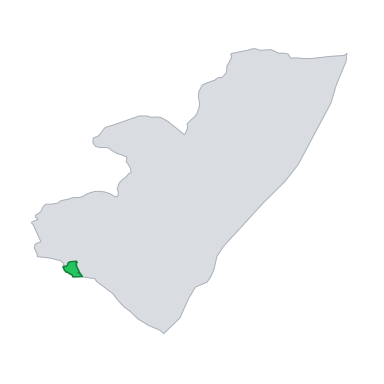 Vahun, Lofa, Liberia (highlighted), rotated 267°
{"feature_id": "62588387B17909685690178", "entity_name": "Vahun", "entity_type": "district", "adm_level": 2, "iso_a3": "LBR", "parent_name": "Liberia", "parent_adm1": "Lofa", "projection": "robinson", "projection_center": [-10.503, 8.04], "detail": "fine", "context": "in_parent", "style": "filled", "palette": "green", "viewbox_px": 384, "rotation_deg": 267, "n_neighbors": 0, "source": "geoboundaries", "source_scale": "gbopen_adm2", "svg_char_len": 3023}
<svg xmlns="http://www.w3.org/2000/svg" viewBox="0 0 384 384"><g transform="rotate(267 192 192)"><path d="M52.0,156.3L55.6,152.8L60.9,141.7L68.3,131.1L75.3,124.7L80.8,118.2L86.6,113.2L94.9,107.4L107.6,92.1L110.6,90.3L112.6,79.7L115.8,66.2L119.5,62.0L128.1,59.5L130.2,57.2L133.2,47.7L135.2,36.6L135.4,34.2L138.8,33.9L144.6,31.5L148.0,32.6L149.5,35.8L150.3,38.5L167.9,31.6L169.5,30.1L170.4,30.4L172.7,36.6L173.9,36.2L175.0,34.4L176.2,34.3L177.6,35.1L178.9,38.0L181.2,40.6L185.0,42.4L187.4,45.0L187.2,51.6L188.1,58.1L189.8,59.6L190.7,63.5L191.1,67.7L192.0,69.9L192.7,74.2L192.4,78.8L193.0,82.0L195.9,87.6L197.6,94.6L197.6,99.6L196.6,104.8L194.8,109.6L191.5,114.8L191.2,116.9L193.2,118.2L196.1,118.5L198.6,117.4L204.9,119.8L208.1,123.3L211.0,127.5L213.6,129.7L214.8,132.4L219.2,131.6L224.4,129.0L225.5,127.8L227.0,128.5L230.3,128.7L232.6,124.1L234.5,118.7L238.5,113.0L240.5,110.7L241.0,107.0L241.2,102.2L242.6,98.1L245.9,95.8L249.5,95.9L251.4,96.7L252.4,100.7L255.3,103.8L257.7,105.9L259.1,106.7L261.1,109.1L263.1,117.2L270.7,143.3L270.3,150.5L268.8,155.2L268.8,159.8L268.3,164.4L263.6,171.8L249.9,187.1L250.9,188.4L254.2,190.2L257.6,191.1L260.3,190.6L263.8,194.4L267.5,199.2L271.4,201.7L277.1,203.9L282.1,204.1L286.3,203.3L292.3,204.2L298.6,208.2L300.9,214.8L302.4,220.5L304.6,223.4L304.9,228.3L309.4,232.6L315.9,233.5L324.2,238.6L326.3,238.3L327.2,237.7L328.3,238.6L330.4,253.3L332.0,261.1L331.2,264.3L330.0,266.7L330.0,278.6L326.2,285.4L325.6,292.9L324.6,295.3L320.5,297.5L320.5,303.2L319.5,310.1L319.0,317.5L320.2,336.8L320.4,351.1L322.2,353.9L314.4,352.7L291.3,341.7L273.5,335.4L213.9,299.5L197.4,285.1L178.3,263.6L135.9,220.4L126.2,213.4L114.0,210.1L106.5,206.4L101.2,202.4L96.8,190.4L86.2,183.3L66.7,173.2L52.0,156.3Z" fill="#d9dde1" stroke="#a8b0b8" stroke-width="1"/><path d="M124.5,59.8L124.3,59.5L123.8,59.7L123.4,59.7L123.3,59.4L122.9,59.7L122.6,59.8L122.5,60.1L122.2,60.1L121.7,60.1L121.7,60.4L121.2,60.4L120.7,60.5L120.2,60.8L119.3,61.6L119.1,61.7L118.9,61.7L118.7,62.0L119.0,62.2L119.0,62.4L118.7,62.5L118.5,62.8L118.6,63.0L118.5,63.4L118.2,63.4L118.1,64.0L117.9,64.2L117.7,64.4L117.7,64.6L117.6,64.8L117.3,65.0L117.1,65.3L116.9,65.4L116.6,65.8L116.5,66.2L116.3,66.6L116.1,67.0L115.7,67.5L115.6,67.8L115.4,68.0L115.0,68.1L114.6,68.2L114.5,68.3L114.1,68.4L113.7,68.4L113.5,68.6L113.4,69.0L113.4,69.5L113.4,69.9L113.4,70.2L113.4,70.6L113.3,71.3L113.3,74.7L113.4,77.9L114.3,77.6L115.3,77.0L116.0,76.5L116.1,76.1L116.2,75.8L116.4,75.9L116.5,75.9L116.7,75.5L117.0,75.6L117.1,75.1L117.3,75.1L117.3,74.9L117.4,74.5L117.6,74.9L117.6,75.3L117.6,75.5L118.2,75.2L118.9,75.0L119.9,74.6L120.4,74.4L121.4,73.8L121.7,73.7L122.6,73.4L123.0,73.3L123.8,72.9L124.2,72.7L124.4,72.5L124.5,72.5L124.9,72.4L125.0,72.5L125.3,72.9L125.8,72.7L126.4,72.6L126.5,72.6L126.9,72.7L127.5,72.6L127.5,72.9L127.6,73.3L127.6,73.6L127.9,73.5L129.0,72.9L128.8,72.1L128.8,71.0L128.8,68.9L128.7,67.0L128.3,65.4L128.1,65.1L127.7,64.7L126.9,64.3L125.8,63.8L124.9,63.5L124.4,62.8L124.5,59.8Z" fill="#22c55e" stroke="#15803d" stroke-width="1.5"/></g></svg>